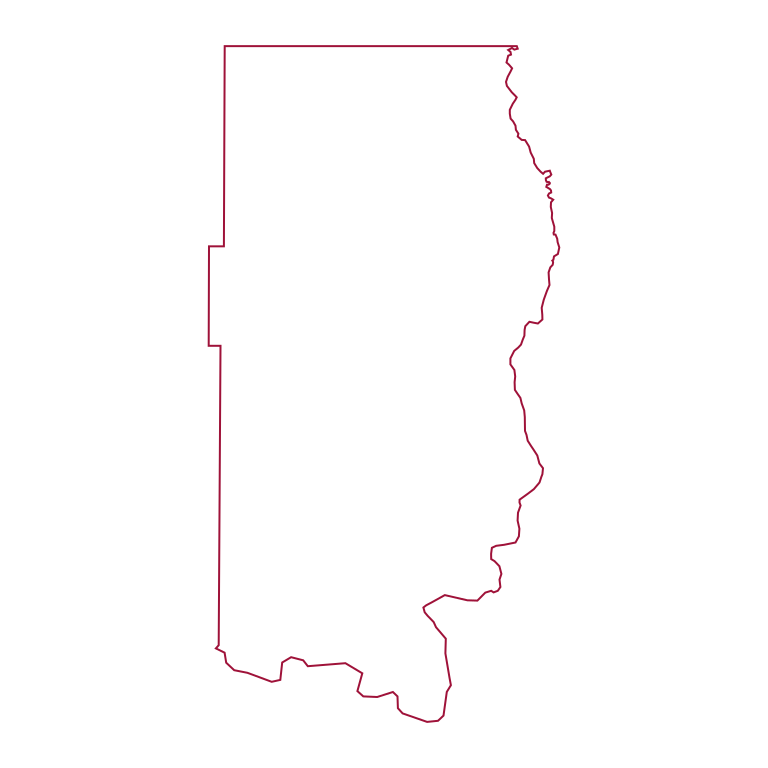 Ferry, Washington, United States of America
{"feature_id": "52423323B81740617288229", "entity_name": "Ferry", "entity_type": "district", "adm_level": 2, "iso_a3": "USA", "parent_name": "United States of America", "parent_adm1": "Washington", "projection": "robinson", "projection_center": [-118.263, 48.416], "detail": "fine", "context": "isolated", "style": "outline", "palette": "rose", "viewbox_px": 768, "rotation_deg": 0, "n_neighbors": 0, "source": "geoboundaries", "source_scale": "gbopen_adm2", "svg_char_len": 2446}
<svg xmlns="http://www.w3.org/2000/svg" viewBox="0 0 768 768"><path d="M224.7,46.1L223.9,246.3L209.0,246.3L208.7,345.8L220.5,345.8L218.7,645.2L215.9,648.4L224.6,652.7L226.2,662.7L234.2,670.2L247.4,672.8L271.7,681.8L280.3,679.9L282.2,662.5L291.1,657.2L303.2,660.3L307.8,666.2L345.4,663.2L362.3,673.3L357.4,691.1L363.3,696.4L377.2,697.0L392.9,692.0L397.5,696.4L397.9,708.2L402.6,713.4L427.1,721.9L438.0,720.8L443.5,715.6L446.8,691.9L450.9,685.2L449.6,678.3L445.4,653.4L445.8,638.7L436.0,627.2L433.7,622.1L431.8,620.1L427.7,615.9L424.7,612.3L423.4,607.5L426.2,605.3L431.5,602.5L435.3,600.4L444.8,595.1L467.4,600.3L477.4,600.6L485.3,592.6L491.2,590.8L493.6,592.4L497.8,590.8L500.4,587.0L499.5,579.6L501.4,573.9L499.4,566.2L494.5,561.1L491.2,559.1L491.1,553.8L491.9,547.8L496.2,545.8L504.1,544.8L515.5,542.5L518.9,536.3L519.4,528.7L517.6,520.6L518.0,512.7L520.6,505.5L519.5,502.5L519.6,499.7L521.9,498.0L527.6,493.9L533.9,489.1L539.5,482.5L540.8,478.6L541.3,477.0L542.4,474.2L543.0,468.2L539.4,463.5L537.3,455.5L533.3,449.3L531.0,445.9L527.7,440.7L526.5,434.9L525.0,430.9L524.9,424.4L524.8,417.1L524.2,410.4L521.7,403.4L520.4,397.9L517.6,393.9L514.9,389.9L514.6,382.2L515.2,376.5L514.4,370.0L510.4,364.4L510.4,358.4L514.2,350.9L518.2,347.6L521.0,344.6L522.7,339.8L524.4,335.7L524.6,329.9L525.3,326.2L529.4,321.8L533.6,322.7L537.9,323.5L542.4,319.5L542.3,314.9L541.7,307.8L543.8,299.6L546.9,291.0L549.5,285.0L549.0,279.4L548.6,272.4L550.3,267.4L552.7,264.8L553.1,262.5L552.9,261.4L552.3,260.6L553.4,259.7L554.0,256.4L557.9,254.0L559.3,247.5L557.6,242.1L557.2,238.7L555.5,234.6L553.8,234.5L553.5,232.9L554.3,231.0L554.3,226.7L551.8,218.0L552.1,213.0L550.8,207.0L551.0,202.3L553.2,199.7L550.9,198.3L549.0,197.6L547.9,195.5L549.0,193.5L551.2,192.5L551.0,190.5L550.1,189.2L548.2,188.0L546.3,186.9L547.0,184.7L548.5,184.7L549.8,183.6L549.8,182.9L548.9,182.0L548.5,182.2L546.6,181.8L545.9,180.2L545.8,178.3L549.8,176.3L551.3,174.6L550.2,171.9L549.8,170.7L545.0,171.7L543.1,173.8L540.6,171.7L537.2,168.0L534.2,163.1L533.8,158.8L530.7,152.6L529.1,146.6L525.1,140.1L521.7,139.9L517.7,136.5L518.4,133.7L515.9,129.8L515.5,125.7L513.1,121.4L510.6,118.6L509.8,113.7L509.8,109.8L512.8,103.7L515.5,99.7L516.7,97.3L515.0,95.5L511.8,92.3L506.9,85.9L506.0,81.9L507.7,76.8L510.7,71.2L512.1,68.3L508.9,64.6L506.5,62.5L508.2,55.7L511.0,54.6L510.5,51.9L508.2,50.0L512.0,48.0L514.3,49.6L517.7,48.7L516.8,46.1L224.7,46.1Z" fill="none" stroke="#9f1239" stroke-width="2"/></svg>